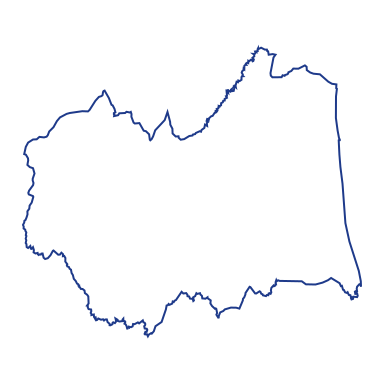 Lamae, Chumphon, Thailand (Equal Earth projection)
{"feature_id": "78962969B32380434667170", "entity_name": "Lamae", "entity_type": "district", "adm_level": 2, "iso_a3": "THA", "parent_name": "Thailand", "parent_adm1": "Chumphon", "projection": "equal_earth", "projection_center": [99.012, 9.761], "detail": "fine", "context": "isolated", "style": "outline", "palette": "blue", "viewbox_px": 384, "rotation_deg": 0, "n_neighbors": 0, "source": "geoboundaries", "source_scale": "gbopen_adm2", "svg_char_len": 5892}
<svg xmlns="http://www.w3.org/2000/svg" viewBox="0 0 384 384"><path d="M336.2,88.2L336.4,84.4L332.0,83.8L328.3,81.7L319.9,74.3L313.5,73.7L310.2,72.5L306.8,70.1L306.6,66.8L304.9,65.4L298.4,68.7L293.3,68.6L291.3,71.0L288.4,72.3L288.1,73.6L287.3,74.3L284.9,75.1L284.6,75.8L282.6,75.3L281.6,77.2L272.4,77.3L270.8,75.6L270.5,73.1L273.5,57.5L275.5,54.7L272.7,54.1L268.7,54.7L268.1,51.3L267.2,51.0L266.9,49.6L264.8,49.6L261.1,47.7L258.2,49.2L258.1,48.2L257.6,49.2L257.7,51.1L255.7,51.4L256.1,52.1L255.2,51.9L255.5,52.9L254.7,54.0L253.2,53.9L254.1,54.6L254.3,56.3L251.8,58.3L252.8,58.1L253.5,59.0L252.7,59.4L253.6,60.1L253.3,61.0L252.6,61.3L251.8,59.8L250.9,59.7L249.0,61.4L248.3,60.9L248.2,63.1L247.2,62.7L246.1,63.4L245.8,63.9L246.4,64.9L245.3,64.9L244.4,65.7L244.3,69.2L243.6,68.5L243.4,70.2L242.2,71.2L241.7,72.7L242.8,74.5L242.5,75.5L243.2,76.2L242.0,76.3L241.5,77.1L241.5,79.8L239.6,81.1L238.3,80.5L238.0,82.2L236.6,81.7L235.5,85.8L235.8,87.2L234.2,85.7L233.7,86.2L234.2,88.5L233.7,90.9L231.7,91.2L231.9,88.9L230.8,89.8L230.1,91.6L229.0,91.0L228.4,91.7L228.0,90.1L227.4,90.2L228.0,92.7L226.6,91.5L227.0,95.8L226.0,96.2L226.9,97.8L224.7,98.9L224.7,100.5L223.2,100.8L222.8,102.3L221.1,103.2L221.1,105.2L219.9,106.1L218.9,105.9L219.2,106.8L218.5,106.9L218.3,108.4L216.8,108.9L217.5,110.5L216.8,111.5L216.3,110.7L215.6,110.8L215.4,112.7L214.6,112.9L212.6,115.9L211.3,116.2L209.1,118.2L208.8,119.9L208.4,120.0L208.5,119.1L207.2,118.9L206.6,121.0L208.1,121.9L206.8,123.0L207.1,125.9L205.0,124.6L204.3,128.0L201.6,129.9L201.0,131.7L199.8,131.2L195.8,133.0L195.1,134.1L193.0,134.5L192.5,135.5L189.3,136.0L184.2,139.1L180.7,139.7L178.7,137.8L178.5,136.3L175.7,136.5L172.6,133.5L172.4,128.7L170.3,124.7L170.1,121.8L167.5,112.0L164.7,120.1L155.2,130.3L153.1,136.4L151.6,139.2L150.3,140.3L149.8,139.7L149.1,134.3L145.9,131.2L143.7,130.7L139.4,123.1L134.8,123.5L133.6,122.6L131.4,116.8L131.5,114.1L130.8,111.9L129.8,112.5L126.5,111.8L125.1,113.0L119.3,113.3L118.1,115.2L114.1,116.1L114.4,114.5L113.9,114.2L113.9,113.1L115.4,112.3L114.5,108.9L112.7,105.4L111.5,104.8L108.9,98.1L104.6,90.6L103.6,91.0L103.0,92.1L102.6,95.1L101.5,96.1L98.9,96.9L95.4,100.8L89.6,109.9L88.0,111.4L82.3,111.2L69.8,113.0L66.6,113.9L60.0,117.4L56.9,121.1L53.5,127.2L49.2,131.5L47.8,135.2L46.6,136.7L44.0,137.4L39.4,136.9L36.7,139.3L33.0,139.5L28.1,142.6L25.8,146.9L24.2,154.1L25.9,154.7L28.0,158.3L28.2,160.4L27.4,164.9L29.8,167.1L33.0,168.2L34.5,173.5L32.7,178.8L32.7,180.5L33.5,183.0L33.1,185.1L29.1,190.6L28.3,192.9L28.8,194.4L33.0,196.1L33.3,196.9L31.7,202.6L29.6,205.6L29.3,208.7L27.4,211.3L27.5,214.4L26.5,217.6L25.5,220.0L24.4,220.8L24.2,222.6L23.0,224.9L23.7,226.6L23.6,228.5L25.2,229.6L25.4,230.9L26.3,232.4L25.8,235.2L26.4,236.0L25.7,238.7L26.3,240.2L25.7,243.0L26.4,244.0L26.7,247.1L28.1,248.0L30.3,246.0L30.9,248.7L31.6,248.9L33.0,247.2L33.9,250.1L33.6,252.4L35.5,253.5L37.6,252.9L37.9,254.3L38.7,255.0L39.5,254.4L40.8,254.6L41.4,253.6L42.6,253.5L43.6,257.7L45.1,259.0L47.8,258.2L50.5,255.2L52.9,250.8L53.5,250.5L58.2,254.7L59.9,254.6L61.4,252.7L63.0,254.2L62.9,256.2L64.2,255.9L65.4,258.0L65.3,261.6L67.3,264.2L66.8,265.1L67.3,266.4L68.9,267.0L69.6,268.7L71.0,269.7L71.6,273.0L72.9,275.1L73.8,278.8L75.8,281.1L77.0,283.6L78.2,284.2L78.5,285.7L79.2,285.6L79.3,287.2L80.0,287.4L80.8,288.9L82.6,289.0L84.5,290.5L84.9,293.1L87.1,294.7L88.3,296.4L88.6,303.5L87.0,305.7L87.8,305.9L87.8,307.5L88.6,309.1L91.1,309.5L91.3,311.1L90.7,312.9L91.4,313.8L91.4,315.1L93.8,314.5L94.0,316.9L94.7,318.0L95.6,317.4L95.9,318.8L95.5,319.5L96.0,320.3L97.2,319.9L98.3,318.5L101.0,319.7L103.1,319.3L104.0,320.5L105.2,319.5L106.8,319.4L107.6,322.1L109.6,323.8L109.6,325.2L110.4,325.3L112.4,324.3L112.6,322.8L113.2,322.3L114.9,323.1L115.7,322.1L116.1,321.1L115.5,318.5L117.6,319.8L117.9,321.0L119.5,321.5L122.4,321.1L122.6,319.5L123.3,318.7L123.4,321.1L124.7,321.1L125.3,322.0L124.5,323.7L125.6,324.3L126.5,325.9L127.4,329.4L127.6,327.3L129.0,327.7L129.0,326.7L131.0,327.2L132.6,326.4L133.1,324.0L134.5,324.2L137.9,322.4L139.1,323.4L142.8,320.4L143.4,322.3L144.7,322.8L145.3,324.0L145.1,325.2L144.2,326.2L144.7,328.5L146.8,328.8L147.3,329.9L146.6,331.9L145.4,331.8L144.6,333.9L145.1,334.4L146.9,334.2L147.9,336.3L148.8,334.6L151.2,333.1L151.8,333.6L153.8,331.3L155.5,326.2L161.6,322.0L165.9,309.4L166.6,305.5L168.0,305.1L168.6,304.0L169.6,304.8L172.2,303.6L172.7,301.5L173.8,302.0L174.6,300.7L176.0,300.0L181.6,291.8L183.3,293.5L186.2,293.1L187.4,294.7L187.5,296.2L189.2,296.5L190.0,298.6L192.7,298.9L193.3,301.0L193.9,300.5L193.1,297.4L195.2,296.1L196.4,293.2L197.3,293.9L200.0,293.2L200.4,294.5L201.9,295.8L202.3,298.4L205.5,298.7L207.5,297.3L207.6,298.2L210.7,300.4L210.4,303.4L212.0,306.0L215.0,308.8L215.7,308.4L216.3,308.9L217.1,313.0L216.4,314.7L218.2,317.6L218.7,317.5L218.8,315.9L220.2,312.4L223.3,311.0L224.8,309.4L230.9,307.6L236.2,307.7L239.4,308.6L242.8,300.5L243.0,298.8L244.2,297.4L245.4,294.5L245.5,293.0L249.6,286.8L250.4,287.1L255.1,293.4L256.2,293.5L259.6,291.3L260.4,291.8L261.2,293.7L262.6,294.3L262.9,295.3L266.0,296.1L266.9,295.0L268.3,295.2L268.8,292.8L269.0,293.8L269.4,293.2L270.6,293.8L271.3,292.3L270.9,290.3L271.4,287.8L273.5,285.5L274.0,286.2L275.2,285.6L275.4,284.3L276.0,284.3L275.6,282.2L276.3,280.1L276.8,281.2L278.1,280.3L279.7,280.9L301.8,281.3L305.9,284.3L315.5,284.5L322.6,282.6L328.0,280.2L331.1,278.0L339.6,283.2L340.9,286.1L341.9,285.8L343.0,289.7L343.9,290.0L345.1,292.3L346.8,292.9L347.6,292.2L348.8,294.9L350.4,295.2L350.8,296.9L351.4,297.0L351.0,298.3L351.5,299.4L353.0,298.9L353.5,296.7L357.1,297.1L357.7,295.8L357.2,293.7L355.3,293.9L354.9,291.7L355.4,291.3L356.4,292.1L357.1,291.5L356.7,288.7L357.1,286.7L359.4,284.2L360.3,284.2L361.0,286.7L360.8,281.2L358.8,270.9L349.4,241.5L345.4,223.1L342.5,183.6L340.4,166.9L339.4,154.5L338.7,140.2L339.2,139.6L339.7,141.0L339.8,139.7L339.0,138.0L337.6,130.5L335.9,118.0L336.0,96.4L336.9,88.8L336.2,88.2Z" fill="none" stroke="#1e3a8a" stroke-width="2"/></svg>